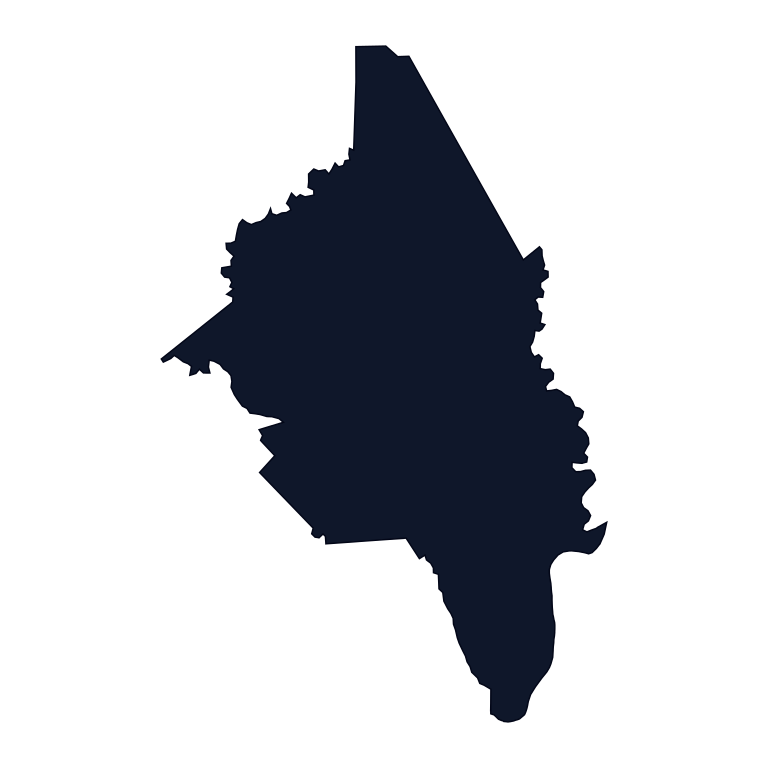 Oberá, Misiones, Argentina (Equal Earth projection)
{"feature_id": "61730980B41869558035533", "entity_name": "Oberá", "entity_type": "district", "adm_level": 2, "iso_a3": "ARG", "parent_name": "Argentina", "parent_adm1": "Misiones", "projection": "equal_earth", "projection_center": [-55.041, -27.479], "detail": "fine", "context": "isolated", "style": "filled", "palette": "ink", "viewbox_px": 768, "rotation_deg": 0, "n_neighbors": 0, "source": "geoboundaries", "source_scale": "gbopen_adm2", "svg_char_len": 4829}
<svg xmlns="http://www.w3.org/2000/svg" viewBox="0 0 768 768"><path d="M161.3,359.0L163.3,362.1L166.7,360.5L170.8,358.5L174.2,355.4L177.6,357.5L178.3,358.0L183.3,361.8L188.1,363.7L191.5,366.4L190.1,373.5L189.8,375.3L193.2,374.3L195.9,373.4L199.4,369.2L203.4,372.9L207.4,373.0L209.9,373.0L209.6,371.8L208.4,367.1L209.2,360.1L214.0,361.2L220.1,364.4L223.5,368.9L227.8,371.7L231.0,375.6L231.9,381.4L231.1,387.3L234.3,394.5L237.4,399.3L242.4,406.1L247.0,408.4L250.0,413.1L255.0,413.7L260.0,414.5L266.9,416.5L271.9,416.7L279.0,418.6L283.4,422.3L265.3,427.8L259.1,429.7L262.4,435.2L262.6,435.6L260.9,439.5L260.6,440.4L262.4,442.4L271.2,451.8L274.8,455.7L270.2,460.8L259.6,472.5L262.0,475.0L313.2,528.1L312.2,532.0L311.7,533.8L315.0,537.1L318.8,537.7L319.0,537.8L323.0,534.0L325.4,536.3L325.9,543.2L325.9,543.8L327.2,543.7L354.1,541.8L359.2,541.4L406.1,538.1L419.4,558.6L425.0,555.1L426.5,559.9L428.0,561.1L430.7,563.1L433.4,567.9L433.5,572.7L438.4,574.3L438.8,583.1L439.0,588.9L442.8,592.5L443.9,601.2L447.8,608.8L450.9,613.4L453.2,618.4L453.5,624.2L455.5,629.8L457.3,637.7L459.2,643.2L462.9,651.0L465.5,656.1L467.1,661.8L470.1,666.6L471.8,672.3L477.6,677.9L479.8,683.4L484.1,685.2L490.9,689.2L490.8,703.5L490.7,709.6L490.8,709.5L490.8,710.0L490.8,713.6L490.8,713.8L491.7,714.1L493.8,714.8L494.0,714.8L498.5,719.2L501.3,720.4L503.1,720.9L503.9,721.5L504.3,721.5L505.7,721.6L508.0,721.9L510.9,721.5L511.6,721.3L513.7,720.9L515.5,720.2L517.7,719.6L519.5,718.9L524.1,715.0L524.5,714.7L525.4,712.7L525.8,711.7L526.3,710.2L526.8,708.6L527.5,705.7L528.0,702.9L528.3,701.4L530.6,694.5L535.4,686.8L541.1,679.0L542.0,677.8L546.8,671.9L549.4,667.5L550.9,663.8L552.7,657.4L553.1,650.4L553.1,649.3L553.3,646.3L553.7,642.9L553.8,640.8L553.8,640.0L554.1,637.8L554.4,636.1L554.7,632.7L554.7,631.3L554.8,629.0L554.8,625.1L554.7,623.6L554.6,622.4L554.3,621.2L553.9,619.7L553.4,616.8L552.8,614.3L552.6,611.3L552.3,607.8L552.1,603.8L552.1,603.4L552.0,600.0L552.0,595.7L551.5,592.1L551.2,588.6L551.2,588.0L550.8,583.2L549.9,577.9L549.8,577.2L549.3,573.2L549.3,570.0L549.3,569.9L549.6,568.5L550.8,564.5L552.6,561.6L553.7,560.0L553.8,559.7L554.4,559.1L555.4,558.0L558.0,555.0L563.3,551.8L564.2,551.7L569.1,550.9L571.4,550.8L578.6,551.5L584.3,552.6L587.0,553.3L588.6,553.8L592.1,552.6L596.4,548.4L599.0,545.0L599.8,544.1L600.0,543.8L600.4,542.8L603.0,536.9L604.2,534.1L605.2,529.4L605.7,527.0L606.7,522.3L597.3,527.5L596.5,528.3L591.7,530.0L586.9,531.9L586.3,531.6L582.6,529.8L584.2,524.2L586.9,522.1L588.4,520.9L590.6,515.6L588.0,510.8L583.6,507.6L581.3,503.1L581.2,502.8L581.7,496.7L584.9,492.0L588.6,487.9L592.4,484.4L593.3,483.1L595.5,480.1L594.0,474.3L590.5,470.1L590.2,470.1L585.5,470.3L583.5,470.8L580.6,471.6L575.7,471.7L574.2,470.1L571.9,467.7L572.1,462.3L576.9,462.9L582.0,463.3L583.6,462.8L586.7,462.0L587.3,458.2L587.5,457.1L583.7,453.2L586.0,448.8L587.0,447.0L588.8,443.9L588.3,437.9L585.6,432.7L581.6,429.0L580.4,428.1L577.3,425.8L578.2,421.1L579.1,420.2L582.0,417.3L583.4,411.7L579.6,408.3L574.7,407.1L572.5,401.8L569.7,396.9L564.9,394.8L561.1,391.6L557.0,389.6L556.6,389.4L551.6,390.4L546.6,390.9L545.5,386.5L548.7,382.2L550.6,380.9L553.1,379.1L553.5,373.3L550.2,369.1L545.3,369.7L542.4,369.1L540.2,368.6L540.3,365.5L540.3,363.8L542.2,358.2L538.6,354.7L534.4,356.9L531.5,352.7L531.3,352.4L529.9,346.6L532.6,342.1L534.2,336.4L534.9,330.5L539.1,331.1L542.0,329.1L544.9,324.6L541.6,323.5L540.1,323.0L540.2,322.7L540.9,318.4L541.7,313.2L537.9,310.0L537.9,309.6L537.5,304.0L534.8,299.8L538.2,297.0L541.1,297.2L542.7,297.3L543.7,291.6L542.7,290.3L540.5,287.6L540.6,282.5L543.2,280.7L544.3,279.9L548.1,277.1L548.0,271.4L543.0,269.9L544.6,265.1L543.2,260.4L542.1,255.9L541.9,249.8L541.2,248.9L539.4,246.8L538.5,247.6L535.4,250.1L523.3,259.9L491.7,203.8L443.6,118.2L408.9,56.3L397.7,56.7L386.6,46.8L385.8,46.1L355.9,46.7L356.0,80.5L356.0,82.4L353.7,150.2L349.5,148.4L348.9,154.2L350.0,159.9L345.1,160.7L343.5,165.5L338.6,166.9L335.1,163.1L331.9,169.4L328.9,174.0L325.2,169.8L318.6,171.0L313.8,169.0L308.6,174.0L308.7,182.1L308.4,184.9L308.1,187.3L313.8,190.0L313.9,195.1L305.4,196.8L305.0,196.9L300.2,194.7L296.2,197.8L291.5,193.2L289.2,198.3L286.6,203.4L288.3,205.2L289.5,206.4L290.6,209.2L290.9,210.0L289.7,210.7L286.4,212.6L284.7,212.7L281.8,213.0L276.7,215.3L271.9,213.7L270.5,208.6L268.4,214.0L265.2,218.4L260.8,221.5L256.1,222.6L251.4,224.6L246.8,222.7L242.5,219.6L239.2,223.7L237.6,229.4L236.4,235.3L235.4,241.2L233.9,241.9L230.8,243.2L226.1,243.3L226.6,249.0L230.1,252.6L233.1,255.3L234.0,256.1L231.0,260.4L231.3,264.9L231.3,266.2L221.8,267.8L221.3,273.1L224.6,277.1L229.5,277.8L231.5,281.7L231.9,282.3L229.9,286.7L233.7,288.7L232.5,289.8L230.3,291.6L226.7,294.3L229.7,295.6L233.0,297.1L232.9,299.5L232.7,302.0L230.7,303.6L228.8,305.2L227.8,305.9L226.6,306.9L225.2,308.0L161.3,359.0Z" fill="#0f172a" stroke="#020617" stroke-width="1.5"/></svg>